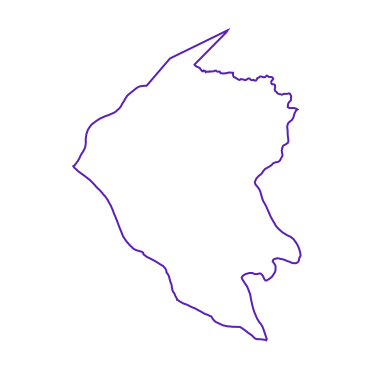 the district of Afuá, Brazil, rotated 263°
{"feature_id": "56859067B62888902552010", "entity_name": "Afuá", "entity_type": "district", "adm_level": 2, "iso_a3": "BRA", "parent_name": "Brazil", "parent_adm1": "", "projection": "mercator", "projection_center": [-50.76, -0.237], "detail": "fine", "context": "isolated", "style": "outline", "palette": "violet", "viewbox_px": 384, "rotation_deg": 263, "n_neighbors": 0, "source": "geoboundaries", "source_scale": "gbopen_adm2", "svg_char_len": 6039}
<svg xmlns="http://www.w3.org/2000/svg" viewBox="0 0 384 384"><g transform="rotate(263 192 192)"><path d="M348.2,247.1L327.7,187.7L327.2,186.4L305.2,162.3L303.0,160.0L303.2,158.5L303.3,154.2L302.9,151.9L302.0,149.8L300.8,147.8L296.5,140.9L295.2,139.2L292.1,136.6L291.4,136.2L290.1,135.3L288.4,133.7L286.1,132.2L284.4,130.7L283.8,130.0L280.9,125.8L280.2,124.2L278.5,118.5L277.8,115.1L276.1,109.6L274.3,105.9L273.0,103.6L271.4,100.9L270.6,99.9L268.0,97.5L266.6,96.4L264.4,95.2L262.4,94.3L258.5,93.2L255.9,92.7L255.1,92.8L254.3,92.7L250.2,91.7L248.4,90.8L245.2,88.7L244.0,87.6L241.8,85.9L238.6,83.9L236.7,82.5L235.9,81.6L234.4,80.4L233.8,79.6L232.6,78.6L232.1,77.3L230.4,78.2L228.5,80.0L227.5,80.7L226.5,81.5L224.5,83.6L221.5,86.9L215.9,92.5L214.2,93.8L210.7,96.4L208.2,98.0L206.7,99.3L204.1,101.4L202.9,102.1L202.2,102.7L200.8,103.4L198.2,105.3L196.2,106.4L193.9,107.6L192.7,107.9L188.5,109.7L184.1,111.0L182.8,111.3L179.5,112.1L176.3,113.1L174.9,113.3L173.3,113.9L168.0,115.1L166.1,115.6L163.8,116.2L161.3,116.9L159.4,117.4L156.4,118.2L153.3,119.7L152.5,120.1L150.4,121.3L147.3,123.4L145.9,124.4L145.1,125.2L143.7,126.2L142.5,127.5L141.3,129.1L140.2,131.5L139.6,133.1L138.5,135.3L137.6,136.2L136.0,136.2L135.2,137.2L133.7,138.6L132.2,140.6L131.5,141.8L130.7,142.9L128.4,146.3L125.0,150.6L123.7,152.1L122.3,154.0L121.5,154.7L119.9,155.8L118.7,156.5L117.8,156.7L116.0,157.0L114.9,156.9L114.3,157.6L111.1,158.9L109.9,159.0L108.0,159.2L104.2,159.9L103.0,160.3L102.1,160.4L100.4,160.4L97.3,160.6L96.5,160.7L95.1,161.2L93.4,162.1L91.7,162.6L90.6,162.9L88.7,163.7L87.9,164.0L86.8,164.0L86.0,165.4L85.1,166.2L82.4,169.9L81.0,172.9L77.2,178.6L76.9,179.5L76.5,180.2L75.2,182.1L73.6,184.2L72.7,185.7L71.8,186.8L69.5,189.8L67.9,193.1L67.0,194.2L66.5,195.5L65.4,196.4L63.6,197.1L61.7,198.3L60.8,199.1L60.3,199.6L59.5,200.6L59.1,201.5L57.9,203.2L56.3,205.9L55.9,206.5L54.9,209.4L54.2,211.4L54.1,212.4L53.1,216.7L53.0,218.3L52.5,220.6L52.5,221.5L52.4,222.5L51.9,223.6L51.0,224.8L48.4,227.6L44.5,231.5L42.6,233.8L39.6,236.1L38.8,236.9L38.3,237.9L37.9,239.0L37.6,241.4L37.2,243.2L36.8,244.9L36.6,245.8L35.8,247.6L36.9,248.3L43.7,246.9L45.7,246.5L47.8,246.0L48.7,245.8L50.1,245.4L52.2,244.5L54.6,242.9L55.9,242.3L58.9,241.0L60.4,240.6L61.4,240.3L64.2,239.5L66.2,239.0L68.9,238.5L71.3,238.2L73.7,237.9L75.6,237.8L77.7,237.5L79.9,237.4L80.8,237.4L81.9,237.3L83.7,237.2L86.8,236.4L88.5,236.0L91.6,235.1L94.1,233.8L97.2,232.3L98.8,231.5L100.3,231.0L101.2,230.9L102.8,232.5L104.0,235.2L104.6,239.0L104.4,240.5L104.3,241.9L103.8,242.7L103.2,243.8L102.8,244.8L102.6,246.4L102.9,248.5L102.8,249.9L102.3,250.7L99.8,252.3L98.8,252.5L96.7,253.2L95.9,253.6L95.2,254.2L95.1,255.2L95.8,256.9L96.6,258.6L98.4,261.3L99.6,262.3L100.2,262.8L102.3,264.5L103.7,265.2L105.8,265.6L108.5,265.9L110.1,265.3L111.0,264.8L113.5,263.6L115.2,264.8L115.6,266.8L115.9,268.7L114.8,271.8L114.4,273.2L113.1,276.2L112.1,277.6L110.7,280.6L109.9,281.8L109.5,282.5L109.1,283.4L108.7,285.9L108.7,286.6L108.9,287.3L109.5,288.5L110.0,289.1L111.0,289.7L113.2,290.4L114.2,290.9L115.5,292.0L119.1,292.0L120.6,291.7L122.1,291.5L124.8,290.8L127.2,290.0L127.8,289.6L129.1,289.1L131.3,287.8L132.5,287.3L135.2,284.8L135.8,283.9L137.6,281.0L141.1,276.7L143.3,274.8L144.0,274.1L144.7,273.7L145.3,273.0L146.1,272.6L147.6,271.4L152.2,269.5L153.6,268.8L154.4,268.5L158.1,267.0L159.0,266.8L159.8,266.5L161.2,266.2L162.1,265.8L163.2,265.6L164.0,265.2L165.0,265.0L165.9,264.7L169.0,263.8L169.9,263.4L170.7,263.2L171.4,262.8L172.3,262.5L173.2,262.0L174.9,261.4L175.7,261.3L176.4,261.0L180.5,260.4L182.2,260.1L184.0,259.9L185.6,259.3L186.6,259.1L188.4,258.0L189.5,257.5L190.6,256.6L191.7,256.0L193.1,255.6L194.1,255.6L194.7,255.8L196.5,256.9L197.5,257.5L199.7,260.0L200.3,261.0L201.5,263.1L204.3,265.5L205.9,267.3L207.0,269.9L208.2,272.7L209.1,274.3L210.6,276.1L210.9,277.0L211.3,278.7L211.4,280.9L211.7,281.9L212.2,282.8L214.2,284.3L215.1,284.9L217.0,286.2L218.1,286.4L219.6,286.2L221.3,286.1L222.4,286.2L224.5,286.8L226.2,287.7L226.9,288.3L227.3,289.2L228.1,291.4L228.8,292.4L229.1,293.1L229.9,293.5L230.8,293.9L232.7,294.0L235.7,293.9L237.6,294.0L241.3,294.4L244.0,294.4L245.8,294.6L246.8,295.0L248.2,295.6L249.2,296.6L250.0,297.8L250.5,298.5L251.2,299.8L252.6,301.0L254.0,301.9L256.2,302.8L257.8,303.5L260.0,305.1L260.9,306.0L261.1,306.7L262.0,305.7L262.7,303.9L263.0,303.0L263.1,301.5L263.3,300.0L263.4,299.1L263.8,298.3L264.6,297.4L266.0,297.7L266.8,297.8L267.7,298.1L269.5,299.4L270.2,300.5L270.7,301.1L271.7,301.5L272.4,301.6L275.2,302.1L276.6,301.5L277.5,301.3L278.1,300.2L277.8,298.7L277.9,297.7L278.0,296.8L278.2,295.5L278.1,294.7L277.7,293.6L277.8,292.6L278.3,291.6L278.4,290.8L278.8,290.2L279.2,289.3L279.8,288.7L281.0,288.1L281.6,287.4L282.5,286.6L283.8,286.6L286.0,287.3L287.8,287.4L288.4,287.1L288.9,286.3L289.0,285.6L289.3,284.5L290.1,284.0L290.9,284.0L291.9,284.1L292.8,284.6L293.6,285.9L294.4,286.4L295.3,286.1L296.3,285.3L296.8,282.4L297.7,281.5L298.4,280.5L297.9,279.6L297.1,278.5L297.1,277.2L297.6,276.2L298.0,275.2L298.3,274.4L298.3,273.7L297.8,272.7L297.3,272.1L297.2,271.4L296.9,270.6L296.1,270.2L295.4,269.7L294.9,269.2L294.9,268.4L295.0,267.5L295.8,266.9L295.7,266.1L295.7,265.1L296.0,264.3L296.7,263.6L297.6,263.0L297.9,262.0L297.7,261.4L297.4,260.7L297.1,260.1L296.7,259.5L296.6,258.6L296.7,257.9L297.3,257.0L297.6,256.3L297.8,255.2L298.1,254.0L297.5,253.2L297.5,252.5L298.4,251.1L299.5,249.8L300.3,249.0L300.9,247.6L302.0,247.1L303.6,247.0L305.3,247.3L305.6,246.1L305.8,244.7L305.9,243.9L306.2,243.3L305.9,242.5L305.9,241.7L305.9,241.0L305.7,240.3L305.8,239.3L305.8,238.2L305.9,236.9L306.2,236.2L306.4,235.0L307.2,234.4L308.0,234.3L308.3,233.0L308.3,231.9L308.8,231.2L309.5,230.6L309.6,229.4L309.2,228.5L309.1,227.7L309.2,226.9L309.3,226.1L309.3,225.1L309.6,224.4L309.2,223.6L309.5,223.0L309.4,222.2L309.8,221.4L309.2,220.3L310.7,219.5L311.1,218.4L310.4,217.8L310.7,216.8L311.6,216.3L312.4,215.6L313.2,215.2L314.2,214.8L314.7,214.0L315.3,212.9L315.8,212.1L316.2,211.5L316.7,211.0L317.2,210.4L318.2,210.0L346.4,245.6L348.2,247.1Z" fill="none" stroke="#5b21b6" stroke-width="2"/></g></svg>